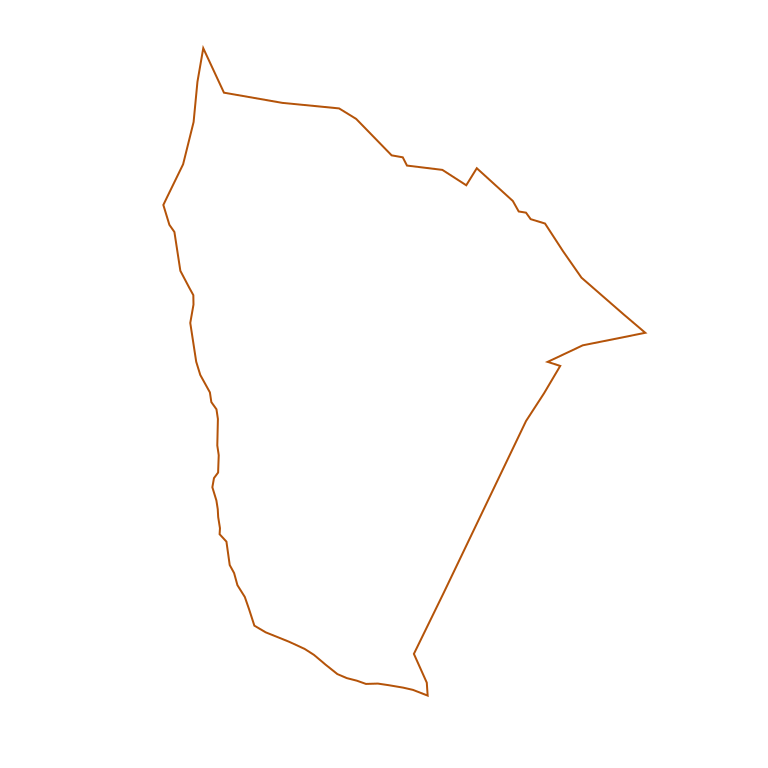 outline of Guaymallén, Mendoza, Argentina, rotated 280°
{"feature_id": "61730980B57963533011884", "entity_name": "Guaymallén", "entity_type": "district", "adm_level": 2, "iso_a3": "ARG", "parent_name": "Argentina", "parent_adm1": "Mendoza", "projection": "albers", "projection_center": [-68.746, -32.899], "detail": "fine", "context": "isolated", "style": "outline", "palette": "amber", "viewbox_px": 768, "rotation_deg": 280, "n_neighbors": 0, "source": "geoboundaries", "source_scale": "gbopen_adm2", "svg_char_len": 1139}
<svg xmlns="http://www.w3.org/2000/svg" viewBox="0 0 768 768"><g transform="rotate(280 384 384)"><path d="M530.9,138.1L522.0,135.6L503.5,145.0L497.3,151.2L478.7,157.5L460.1,163.8L445.0,175.5L438.4,180.8L429.1,182.6L410.5,182.6L391.9,188.9L373.3,195.2L361.0,201.5L345.5,214.0L336.2,217.1L330.0,223.4L320.7,226.5L294.5,230.5L285.2,233.6L268.0,236.0L261.8,232.9L252.5,232.9L240.1,239.2L231.9,242.0L224.2,243.8L213.5,247.5L207.5,248.2L201.4,256.2L178.9,263.5L171.8,269.2L160.4,274.6L150.1,283.9L138.8,290.2L123.5,298.3L118.9,310.6L113.7,335.2L109.3,351.9L105.1,362.0L101.3,368.6L97.5,375.1L90.2,388.5L87.9,398.4L87.1,408.8L85.5,418.3L87.9,430.0L88.2,440.8L88.3,455.6L87.8,465.6L84.7,481.1L97.3,478.0L123.4,460.3L188.9,479.1L348.2,523.6L372.2,530.3L402.6,543.2L432.4,554.4L434.2,541.3L456.6,573.0L479.8,632.4L494.1,608.0L523.0,560.0L545.8,537.3L570.0,514.7L571.8,499.8L577.4,494.1L577.3,486.7L586.6,479.1L612.6,437.9L594.0,430.5L605.0,404.3L603.1,368.7L610.5,363.1L610.5,351.8L640.2,310.6L647.6,291.9L643.2,235.1L643.1,175.8L683.3,147.7L649.2,147.8L608.9,151.0L565.5,148.0L530.9,138.1Z" fill="none" stroke="#b45309" stroke-width="2"/></g></svg>